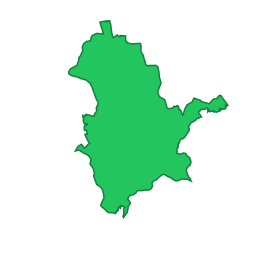 the district of Cehal, Satu Mare, Romania, rotated 31°
{"feature_id": "2599482B97854258133418", "entity_name": "Cehal", "entity_type": "district", "adm_level": 2, "iso_a3": "ROU", "parent_name": "Romania", "parent_adm1": "Satu Mare", "projection": "equal_earth", "projection_center": [22.618, 47.388], "detail": "fine", "context": "isolated", "style": "filled", "palette": "green", "viewbox_px": 256, "rotation_deg": 31, "n_neighbors": 0, "source": "geoboundaries", "source_scale": "gbopen_adm2", "svg_char_len": 5743}
<svg xmlns="http://www.w3.org/2000/svg" viewBox="0 0 256 256"><g transform="rotate(31 128 128)"><path d="M164.1,185.8L164.6,184.7L167.2,182.0L167.5,181.3L167.6,180.6L168.2,179.7L168.3,179.1L168.1,178.0L168.2,177.5L168.6,177.0L169.6,176.0L172.3,174.5L173.2,173.5L175.2,172.0L177.1,171.0L178.7,169.1L179.2,167.4L178.9,166.1L179.1,165.5L178.6,164.4L177.2,163.5L177.0,163.0L177.1,161.6L177.0,161.1L177.1,160.4L177.4,160.1L177.5,159.7L179.2,157.6L179.3,156.3L179.9,154.1L181.7,150.0L182.3,149.2L183.0,149.3L184.6,149.0L187.3,149.2L189.2,148.7L190.4,148.6L193.1,149.0L196.2,148.7L197.4,148.0L198.6,146.7L199.4,145.3L200.3,144.2L201.8,143.1L202.3,143.0L203.5,142.5L204.7,141.5L209.4,141.0L208.6,140.5L207.7,139.4L205.5,138.8L203.5,137.5L202.9,137.3L201.3,135.6L200.2,135.0L199.6,133.7L199.1,131.8L199.7,129.2L200.3,128.2L199.8,125.3L199.3,124.5L197.8,123.0L195.9,121.6L194.2,121.5L192.1,121.1L191.4,120.4L189.8,120.3L188.3,120.9L187.4,122.3L186.2,123.8L185.3,123.7L183.6,124.4L182.9,124.4L182.8,123.9L182.2,122.7L180.4,120.8L180.6,120.3L181.1,119.3L180.9,118.4L180.2,118.0L179.6,117.4L180.1,116.8L179.1,115.4L179.1,115.0L179.5,114.6L179.6,114.1L179.4,112.9L179.0,112.1L178.9,110.8L178.9,110.3L179.3,109.9L180.0,109.6L180.6,108.8L181.2,107.3L181.5,106.0L181.4,105.3L181.6,104.8L181.5,103.7L181.3,103.3L181.6,102.4L181.5,100.9L181.8,100.2L181.9,99.2L181.5,98.4L181.0,97.9L181.0,97.4L180.7,96.7L179.8,96.6L179.4,96.0L179.3,95.0L179.0,94.1L179.1,93.6L179.4,93.2L179.5,92.4L179.2,90.8L180.2,89.7L181.8,86.9L182.2,84.9L182.5,84.2L183.0,83.6L183.6,83.4L183.6,83.0L183.7,82.4L184.3,81.7L184.4,81.3L185.2,80.6L184.7,80.5L183.5,79.7L181.8,79.3L180.5,78.2L180.3,77.4L181.0,76.2L181.0,74.7L181.5,74.1L184.1,72.4L184.7,71.5L185.4,70.0L186.4,69.9L187.1,70.8L188.3,71.0L187.1,71.7L187.5,72.0L187.8,72.5L187.8,72.0L187.9,71.6L188.3,71.7L188.7,72.2L190.5,71.4L192.0,69.2L192.4,69.7L193.2,70.1L193.6,69.6L193.3,69.4L193.4,69.2L193.9,69.5L194.1,69.3L194.3,69.4L195.1,68.9L195.6,69.0L196.8,67.4L197.8,66.4L198.1,65.9L198.1,65.4L197.4,65.1L197.9,65.0L198.2,64.7L197.8,64.6L197.6,64.3L196.0,64.3L196.5,64.1L196.6,63.9L197.4,63.9L197.8,63.4L198.1,63.3L198.7,63.6L199.0,63.3L199.0,62.9L200.3,62.6L200.8,61.9L201.4,61.8L201.3,60.8L201.6,60.5L201.2,59.2L201.0,58.8L200.2,58.9L200.3,58.5L200.6,58.3L200.1,58.2L200.4,58.0L201.2,58.1L201.4,58.0L201.4,57.6L201.9,57.3L202.0,57.1L190.5,52.3L190.4,52.9L189.6,53.4L189.0,54.3L189.1,56.7L188.8,57.1L187.6,58.1L187.2,58.7L186.0,59.8L185.9,60.5L186.0,60.9L185.9,61.6L185.6,62.5L185.7,63.3L184.9,65.5L177.2,67.5L176.6,67.5L176.2,66.9L169.2,68.4L169.2,70.0L169.5,72.4L169.4,73.0L168.0,75.5L167.3,76.5L166.7,77.9L166.6,78.4L166.6,79.0L167.0,80.2L166.8,81.3L168.3,88.8L166.1,87.5L165.7,86.8L164.8,86.2L163.0,85.4L162.4,85.7L162.4,85.9L162.1,85.8L161.9,85.6L161.3,84.7L160.9,84.6L160.7,84.0L160.2,83.8L159.8,83.9L159.2,83.2L158.0,84.0L158.0,84.9L157.6,85.4L157.2,85.6L156.2,85.7L156.2,86.0L156.5,86.7L155.2,88.6L153.3,90.3L151.2,90.8L148.9,88.4L145.9,85.7L144.9,84.9L144.0,84.7L141.4,85.0L139.0,84.9L137.6,84.2L135.9,82.7L135.2,82.0L135.0,81.4L134.4,80.5L134.3,78.7L133.8,76.8L133.5,73.7L133.2,72.6L131.5,70.8L129.7,69.2L128.3,67.6L125.2,63.6L123.4,61.8L122.2,60.3L121.0,60.0L119.8,59.9L113.7,63.7L112.7,64.6L111.6,64.6L111.1,64.8L110.1,64.1L108.9,62.6L107.4,61.5L103.6,57.9L102.6,57.2L101.1,56.7L99.3,55.1L98.7,54.0L98.3,53.5L97.6,52.2L96.9,51.2L97.0,51.1L96.6,50.9L95.8,49.7L95.1,49.0L87.7,54.1L83.2,55.4L82.3,54.4L81.4,54.9L79.0,51.4L78.6,50.3L78.2,50.4L74.3,52.5L74.7,52.6L74.9,53.2L74.0,53.5L73.2,54.4L71.0,53.8L71.0,54.1L70.1,55.2L69.0,58.1L68.8,58.3L66.1,56.0L62.7,51.9L60.1,48.5L57.1,45.5L55.2,46.9L55.6,47.2L55.1,47.6L55.0,47.9L54.3,48.2L53.8,47.8L49.4,51.7L54.0,56.0L54.5,56.2L55.0,56.6L58.3,60.3L52.9,62.8L52.3,63.2L50.4,66.0L49.8,66.9L49.7,67.3L49.7,69.6L50.4,70.4L50.7,72.9L49.9,73.4L48.9,74.4L47.8,75.1L47.6,76.0L46.7,78.0L46.6,78.6L46.8,80.3L47.2,81.5L47.4,82.7L48.0,83.3L49.1,84.7L49.5,85.6L49.5,86.8L50.1,90.6L49.7,91.9L49.7,92.7L50.0,94.1L51.0,95.6L51.4,98.5L52.0,99.8L51.8,100.9L49.0,105.4L48.2,107.4L48.1,109.7L49.0,111.9L49.8,112.1L52.6,112.1L55.2,111.5L58.5,110.2L61.3,110.1L67.6,108.4L70.6,109.0L72.6,109.2L74.4,110.5L76.4,111.6L77.7,112.9L86.3,119.8L88.8,121.2L90.0,122.9L90.2,125.4L90.5,127.1L90.8,127.7L91.7,128.5L92.1,129.1L92.4,129.9L92.4,130.8L92.1,132.0L92.1,132.8L92.4,134.3L92.9,135.2L92.8,135.5L84.8,138.0L85.4,139.6L82.7,140.3L83.4,141.9L84.5,141.8L84.7,142.4L85.4,143.8L85.8,144.0L85.9,144.9L88.0,146.7L91.2,145.7L91.5,146.1L90.6,146.4L90.8,146.9L89.5,147.9L89.7,149.1L90.7,151.1L91.9,152.3L93.8,151.3L96.2,154.5L95.3,154.9L94.3,155.6L94.7,156.0L101.4,160.4L102.9,160.7L103.0,161.0L102.0,163.1L102.0,164.3L101.6,165.0L101.3,167.0L101.0,167.8L98.1,166.5L96.4,166.0L96.0,166.7L94.6,169.9L94.7,174.8L97.1,172.4L98.1,172.1L99.2,172.3L104.2,172.3L106.5,171.9L107.8,171.9L111.9,173.4L112.2,173.8L113.3,176.0L113.7,177.9L114.1,178.5L115.2,179.1L116.6,179.5L119.3,180.8L122.1,183.6L122.9,185.0L123.2,186.7L123.6,187.1L124.8,188.0L126.2,189.4L130.3,192.5L134.1,192.7L135.6,193.0L137.3,193.8L138.8,194.8L140.1,196.1L143.2,199.9L143.5,200.5L143.6,203.2L144.3,207.5L144.2,208.2L145.1,208.5L145.9,209.1L150.1,209.6L153.1,210.5L155.1,210.5L156.5,209.5L157.2,209.3L158.7,208.6L159.5,208.0L160.1,207.9L160.9,208.0L161.5,207.7L161.3,206.5L160.8,204.8L161.7,204.7L161.5,204.0L161.8,203.8L161.3,203.5L161.7,202.9L160.8,201.3L160.8,200.8L161.4,200.3L162.1,200.2L162.7,200.9L162.9,200.9L163.0,200.6L163.0,200.2L161.4,198.4L164.3,197.7L166.0,197.5L165.9,198.5L166.3,199.9L167.1,201.4L167.5,201.7L168.4,203.4L169.3,206.3L170.2,207.1L170.8,200.6L170.2,199.4L169.7,197.4L168.5,195.1L168.9,191.4L168.6,191.0L167.5,190.3L164.3,189.0L164.2,188.5L164.3,187.8L164.1,185.8Z" fill="#22c55e" stroke="#15803d" stroke-width="1.5"/></g></svg>